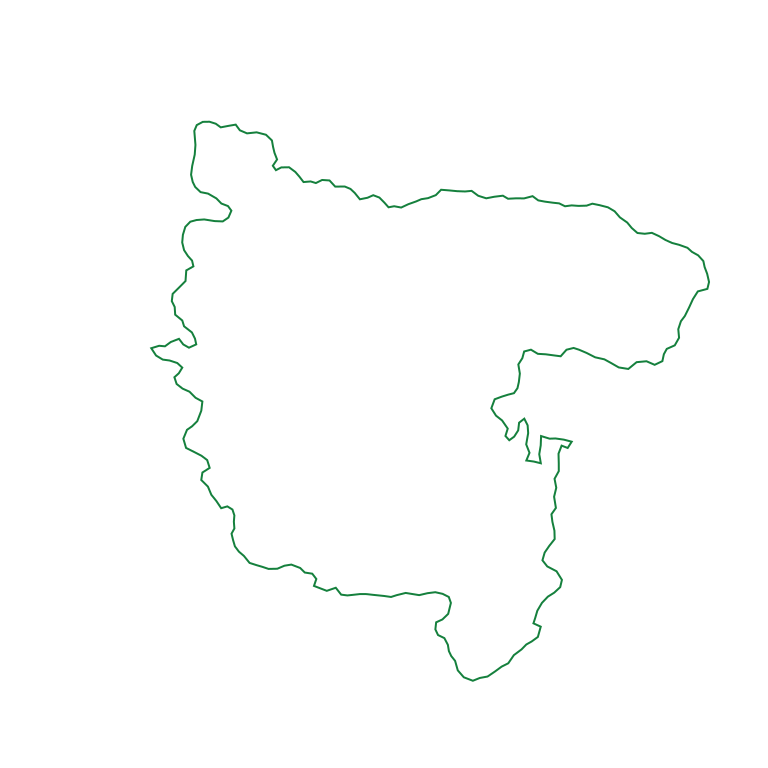 the district of Madre de Deus de Minas, Minas Gerais, Brazil, rotated 21°
{"feature_id": "56859067B30522908877302", "entity_name": "Madre de Deus de Minas", "entity_type": "district", "adm_level": 2, "iso_a3": "BRA", "parent_name": "Brazil", "parent_adm1": "Minas Gerais", "projection": "mercator", "projection_center": [-44.329, -21.491], "detail": "fine", "context": "isolated", "style": "outline", "palette": "green", "viewbox_px": 768, "rotation_deg": 21, "n_neighbors": 0, "source": "geoboundaries", "source_scale": "gbopen_adm2", "svg_char_len": 3921}
<svg xmlns="http://www.w3.org/2000/svg" viewBox="0 0 768 768"><g transform="rotate(21 384 384)"><path d="M609.0,548.1L608.4,540.7L609.9,531.7L613.2,523.8L617.7,517.8L621.3,510.5L620.3,503.1L612.2,497.0L601.8,495.8L595.1,491.8L594.4,483.8L596.3,475.9L598.9,467.6L595.7,459.9L590.6,452.3L587.0,445.6L588.9,438.1L583.2,428.3L582.0,419.1L577.2,411.4L578.4,402.7L575.7,395.7L571.9,386.5L571.9,377.9L578.4,377.9L579.9,370.6L571.8,371.5L563.6,373.4L558.2,375.7L549.3,376.3L552.3,385.1L554.1,393.9L558.8,401.8L551.7,402.7L544.3,404.4L544.5,396.1L538.4,389.4L536.2,378.2L532.9,371.1L527.4,366.1L524.0,371.7L525.9,379.2L524.4,386.5L521.1,391.6L516.0,389.0L515.5,381.3L507.3,375.7L499.9,373.4L492.9,368.2L492.8,358.6L498.6,353.5L503.8,349.4L508.6,346.0L510.1,340.1L509.2,333.9L507.1,325.6L502.4,317.6L503.9,310.3L503.2,303.4L508.9,299.3L516.8,300.7L524.4,298.3L532.4,296.4L539.0,294.8L542.1,286.6L548.1,282.4L553.8,282.1L562.0,282.4L571.6,283.4L580.9,282.0L588.3,283.0L597.2,284.4L606.7,282.4L612.0,273.1L620.9,268.7L629.8,269.1L635.7,262.9L634.6,255.9L635.4,249.9L641.6,243.7L642.9,235.1L639.1,227.4L638.7,219.0L640.5,212.7L641.4,203.3L642.0,194.0L643.8,185.1L651.8,179.3L650.9,172.3L646.2,165.3L641.4,159.9L638.1,154.8L631.2,151.3L624.2,150.3L618.5,148.1L609.6,148.3L602.4,149.1L595.3,148.7L587.6,147.4L579.9,146.9L573.6,150.3L566.5,152.2L559.4,149.6L553.2,146.1L544.5,143.9L537.4,140.1L529.7,138.8L521.1,139.8L513.9,141.0L509.2,144.9L501.8,148.0L495.2,150.0L489.3,153.2L482.8,152.6L476.8,154.2L468.8,156.1L462.2,157.3L455.4,155.4L448.3,160.5L440.6,163.4L433.4,166.6L427.5,165.6L419.8,169.7L412.9,174.0L404.5,174.5L396.6,172.3L390.7,175.2L383.1,177.8L375.5,179.9L367.7,182.2L364.7,189.1L358.5,194.7L352.6,198.1L348.5,202.1L342.3,207.4L336.8,213.1L329.8,214.4L324.9,217.4L319.3,214.5L312.9,211.6L306.3,211.6L301.9,216.0L295.3,220.2L288.2,216.1L282.8,213.9L276.6,213.7L267.7,217.2L260.2,213.5L253.1,215.7L248.4,220.8L242.9,221.2L236.5,224.3L230.8,220.8L225.2,217.8L217.7,215.7L210.5,218.6L206.5,223.1L202.0,220.1L203.7,212.7L198.9,207.4L195.4,202.3L192.1,196.8L184.5,193.6L174.9,194.7L166.3,199.1L158.5,198.8L152.6,195.0L146.7,198.5L139.6,202.9L133.7,201.3L127.1,201.7L120.9,204.2L116.4,209.4L116.2,215.7L122.3,228.4L125.1,237.7L126.8,249.2L128.9,257.8L133.0,263.9L137.1,267.7L144.0,270.6L151.5,269.3L161.0,270.8L167.5,273.8L174.6,273.8L179.4,276.9L179.1,284.4L175.2,290.0L167.5,292.6L157.2,294.8L150.2,298.1L145.0,301.9L142.2,308.5L142.8,316.8L144.9,324.2L149.4,330.7L155.1,334.8L160.6,337.6L163.9,342.5L158.7,348.8L161.8,359.0L157.7,368.3L154.4,375.6L156.2,382.7L161.0,387.1L164.2,394.1L172.9,397.0L176.7,401.8L186.2,404.7L191.3,409.4L194.5,414.3L188.9,420.0L182.4,419.0L176.4,415.3L169.9,421.2L166.0,427.3L160.4,428.9L153.9,434.0L161.0,439.1L168.7,440.5L175.4,438.9L183.5,438.5L189.8,441.0L188.6,447.5L185.9,452.8L190.4,458.3L197.6,460.5L205.2,460.9L213.0,464.4L220.7,465.4L223.0,474.4L223.0,485.6L220.0,492.2L216.5,497.4L216.3,507.0L222.1,514.6L232.1,515.6L239.3,516.4L246.2,518.4L251.3,524.8L246.2,531.7L247.8,539.1L256.4,542.9L262.5,549.3L269.4,553.3L276.5,558.3L281.6,554.4L287.5,555.5L291.4,560.3L293.2,566.4L296.1,572.5L295.3,578.4L299.1,583.9L303.0,589.0L308.6,592.5L314.8,594.7L322.6,599.2L329.8,598.8L335.9,598.3L342.5,598.0L350.6,594.7L356.2,589.3L362.2,585.8L371.7,585.8L377.6,588.4L385.0,586.8L390.7,590.3L391.0,597.6L397.7,597.6L404.7,597.6L412.0,591.5L419.5,596.0L425.6,594.5L430.7,591.9L436.7,588.8L443.0,586.4L449.2,584.8L459.9,581.9L466.9,580.3L471.5,576.6L479.1,571.3L492.5,568.5L499.6,563.7L506.5,560.0L513.9,558.9L520.8,559.6L524.9,564.4L526.3,575.6L522.9,582.9L518.1,587.8L519.9,594.7L524.4,599.0L531.4,599.6L537.1,604.6L540.3,610.1L544.3,613.9L549.6,617.0L555.5,624.9L563.6,629.2L573.3,629.2L578.8,624.1L585.5,620.0L590.6,612.7L595.1,605.7L600.1,600.2L602.4,590.6L607.5,582.5L610.2,576.2L614.1,571.5L618.3,565.0L617.3,554.4L609.3,553.9L609.0,548.1Z" fill="none" stroke="#15803d" stroke-width="2"/></g></svg>